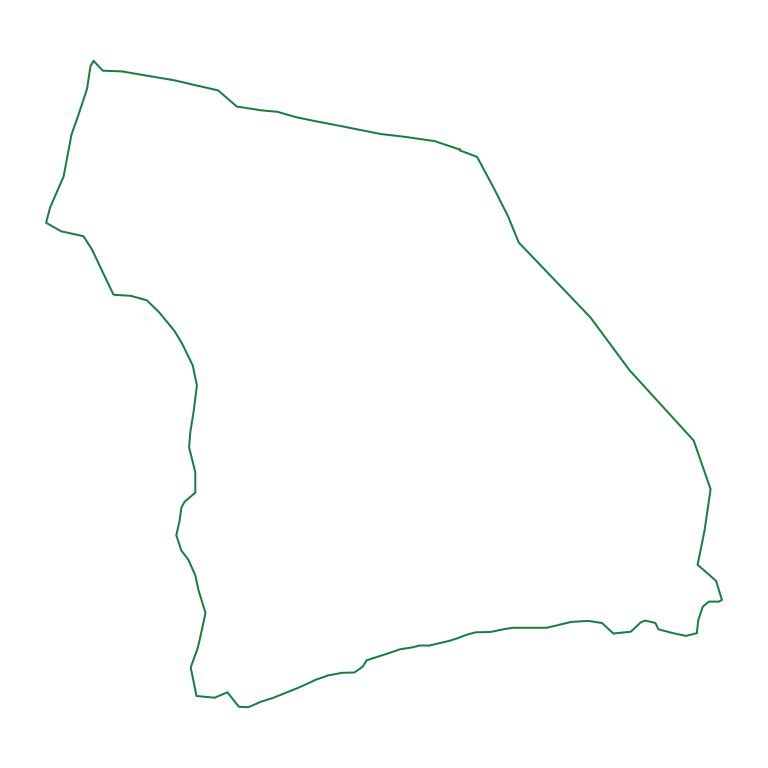 Pyla, Larnaca, Cyprus (Albers equal-area conic projection)
{"feature_id": "46923920B48961032543563", "entity_name": "Pyla", "entity_type": "district", "adm_level": 2, "iso_a3": "CYP", "parent_name": "Cyprus", "parent_adm1": "Larnaca", "projection": "albers", "projection_center": [33.691, 35.003], "detail": "fine", "context": "isolated", "style": "outline", "palette": "green", "viewbox_px": 768, "rotation_deg": 0, "n_neighbors": 0, "source": "geoboundaries", "source_scale": "gbopen_adm2", "svg_char_len": 1510}
<svg xmlns="http://www.w3.org/2000/svg" viewBox="0 0 768 768"><path d="M46.1,222.8L61.2,231.3L83.4,236.2L92.0,249.5L103.1,273.0L113.4,294.5L115.5,294.9L130.7,295.8L146.8,300.3L159.5,312.7L174.7,331.3L182.1,343.7L192.8,365.6L196.9,385.5L193.6,411.9L190.4,431.4L189.1,447.5L195.3,472.3L195.3,492.6L184.6,501.7L181.3,507.9L179.6,520.7L176.3,535.2L181.3,550.5L188.3,559.6L195.3,575.3L198.6,590.6L205.5,612.9L200.6,635.7L197.7,648.1L190.7,667.5L196.5,696.0L214.6,697.7L227.4,692.3L238.9,706.8L246.2,707.1L248.4,707.2L260.7,701.8L273.5,697.7L298.7,687.6L316.0,679.7L328.2,675.4L342.1,672.8L354.3,672.5L362.7,666.7L366.6,660.3L390.1,652.7L400.4,649.2L411.2,647.6L419.6,645.5L429.6,645.5L439.6,643.1L448.8,641.0L457.0,638.4L466.2,634.9L475.7,632.3L490.2,632.0L504.4,629.1L512.9,627.8L527.1,627.8L546.6,627.8L571.4,621.9L588.2,620.9L602.0,623.0L613.4,633.5L630.8,631.7L640.7,622.4L645.2,620.6L655.4,623.0L658.4,629.3L673.4,633.2L686.0,635.9L696.8,633.2L698.3,619.9L702.8,606.7L708.8,601.6L719.0,601.6L720.8,600.5L721.9,599.8L716.1,580.9L697.6,564.8L704.5,530.8L710.6,489.2L693.7,440.6L629.5,370.2L590.5,317.5L518.8,242.6L508.1,216.4L493.9,188.3L477.1,156.9L459.8,150.4L459.9,149.3L459.2,149.4L434.6,141.1L418.4,138.8L404.7,136.8L380.6,134.0L324.6,122.9L314.0,120.9L295.7,117.1L277.4,111.8L260.8,110.3L236.7,106.5L218.1,90.4L195.8,85.3L174.4,80.3L147.0,75.7L121.9,71.4L102.8,70.7L93.6,60.9L90.4,66.3L87.1,88.7L78.1,115.9L71.5,134.5L63.6,176.5L50.1,207.5L46.1,222.8Z" fill="none" stroke="#15803d" stroke-width="2"/></svg>